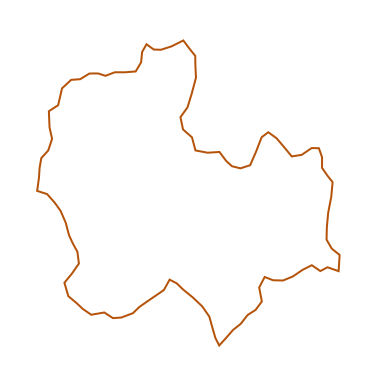 Maripá de Minas, Minas Gerais, Brazil (Equal Earth projection), rotated 186°
{"feature_id": "56859067B21649458076971", "entity_name": "Maripá de Minas", "entity_type": "district", "adm_level": 2, "iso_a3": "BRA", "parent_name": "Brazil", "parent_adm1": "Minas Gerais", "projection": "equal_earth", "projection_center": [-42.96, -21.697], "detail": "fine", "context": "isolated", "style": "outline", "palette": "amber", "viewbox_px": 384, "rotation_deg": 186, "n_neighbors": 0, "source": "geoboundaries", "source_scale": "gbopen_adm2", "svg_char_len": 1412}
<svg xmlns="http://www.w3.org/2000/svg" viewBox="0 0 384 384"><g transform="rotate(186 192 192)"><path d="M309.4,88.4L304.1,75.5L295.1,69.4L288.4,64.3L279.4,59.4L266.6,63.0L257.4,58.3L249.1,59.8L238.1,65.3L232.1,72.4L224.7,78.8L216.1,86.1L209.7,91.6L205.1,102.5L197.7,99.6L190.7,94.1L180.0,87.1L170.0,79.4L161.8,70.0L157.0,57.9L153.5,49.3L148.9,42.2L143.0,50.2L136.7,59.2L129.8,65.9L123.8,75.5L116.4,81.4L111.1,90.4L115.2,104.1L110.8,115.1L102.2,112.7L92.2,113.5L82.8,118.6L73.8,126.2L65.2,131.7L56.1,126.8L49.4,131.3L37.9,128.6L38.6,144.8L47.1,150.3L53.2,158.7L54.2,170.9L54.4,185.4L53.0,202.0L53.2,216.5L59.2,222.6L65.2,229.6L66.3,240.2L70.4,248.8L77.6,248.2L86.8,240.4L96.5,237.8L104.1,245.3L113.5,254.3L122.4,259.4L128.5,253.7L132.5,238.8L137.0,224.7L146.3,220.6L154.9,221.8L161.1,226.3L168.9,234.7L180.5,232.7L192.9,233.7L197.7,246.3L207.5,253.3L211.3,265.2L205.3,275.8L202.5,290.1L200.0,306.2L201.9,318.5L203.0,327.7L209.4,334.2L216.5,341.8L227.6,334.7L237.8,330.2L245.0,329.7L252.7,334.2L256.2,326.1L256.2,315.6L260.6,306.0L271.5,304.0L281.3,303.0L290.2,298.5L297.8,300.1L306.4,299.1L315.0,292.5L323.9,290.9L332.1,281.5L334.2,264.3L342.8,257.4L340.4,241.2L336.7,230.2L339.3,218.3L345.4,210.0L346.1,200.0L345.7,190.4L346.1,176.9L335.9,174.8L327.3,166.9L320.6,159.3L314.3,148.1L309.8,136.2L305.3,128.6L299.7,120.5L297.0,109.0L302.7,98.6L309.4,88.4Z" fill="none" stroke="#b45309" stroke-width="2"/></g></svg>